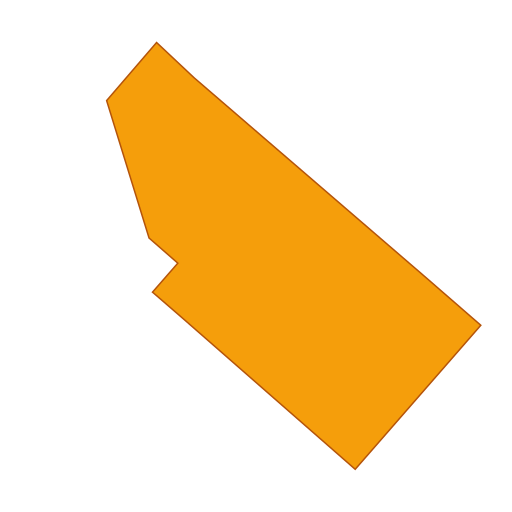 Piatt, Illinois, United States of America (orthographic projection), rotated 311°
{"feature_id": "52423323B52608022104094", "entity_name": "Piatt", "entity_type": "district", "adm_level": 2, "iso_a3": "USA", "parent_name": "United States of America", "parent_adm1": "Illinois", "projection": "orthographic", "projection_center": [-88.573, 40.037], "detail": "fine", "context": "isolated", "style": "filled", "palette": "amber", "viewbox_px": 512, "rotation_deg": 311, "n_neighbors": 0, "source": "geoboundaries", "source_scale": "gbopen_adm2", "svg_char_len": 324}
<svg xmlns="http://www.w3.org/2000/svg" viewBox="0 0 512 512"><g transform="rotate(311 256 256)"><path d="M343.9,471.1L351.2,471.1L351.2,394.5L350.2,163.6L349.9,92.4L351.9,40.9L275.3,41.3L199.4,163.5L199.3,201.7L160.8,201.6L160.9,239.9L160.1,470.8L343.9,471.1Z" fill="#f59e0b" stroke="#b45309" stroke-width="1.5"/></g></svg>